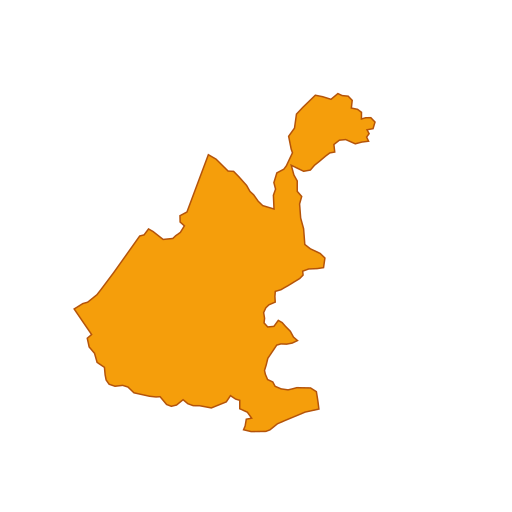 Caseiros, Rio Grande do Sul, Brazil, rotated 120°
{"feature_id": "56859067B55652742739807", "entity_name": "Caseiros", "entity_type": "district", "adm_level": 2, "iso_a3": "BRA", "parent_name": "Brazil", "parent_adm1": "Rio Grande do Sul", "projection": "robinson", "projection_center": [-51.76, -28.237], "detail": "fine", "context": "isolated", "style": "filled", "palette": "amber", "viewbox_px": 512, "rotation_deg": 120, "n_neighbors": 0, "source": "geoboundaries", "source_scale": "gbopen_adm2", "svg_char_len": 2229}
<svg xmlns="http://www.w3.org/2000/svg" viewBox="0 0 512 512"><g transform="rotate(120 256 256)"><path d="M430.7,278.1L428.1,272.2L425.8,268.7L429.3,259.2L428.5,254.2L424.8,250.3L416.9,247.3L418.0,241.2L417.0,235.5L413.9,230.1L409.9,218.7L397.2,208.8L389.7,208.3L390.1,202.1L389.1,197.9L396.4,193.7L395.6,185.4L398.6,178.7L402.2,182.8L408.7,180.4L412.7,179.9L410.5,172.4L403.0,159.8L399.6,157.0L390.5,153.5L384.3,148.9L366.6,135.4L357.1,125.0L351.7,129.1L347.8,132.2L343.3,135.9L343.0,142.8L345.6,147.5L347.6,151.1L349.6,154.8L353.1,158.3L355.9,161.3L358.5,167.8L359.3,174.3L356.7,178.5L357.2,184.2L353.8,188.7L350.9,191.4L345.2,192.7L338.7,194.6L322.8,193.5L319.7,190.5L317.0,185.4L313.3,181.1L308.5,177.8L307.5,183.0L304.0,188.7L302.1,195.6L300.6,200.0L300.6,204.5L308.0,205.3L311.6,210.4L309.9,215.6L305.7,217.4L301.2,221.1L295.9,221.6L291.8,220.4L286.3,216.3L281.6,219.4L277.0,221.6L272.7,217.5L269.3,215.6L265.8,213.5L259.7,210.2L253.7,206.9L249.0,205.7L245.8,208.0L240.9,203.9L236.3,196.7L232.3,191.7L223.3,195.3L221.7,201.7L222.6,212.6L221.6,219.5L208.6,228.4L200.8,236.3L189.1,244.3L181.6,246.2L179.4,252.6L170.4,257.8L166.9,263.7L159.8,270.8L158.8,257.1L154.4,251.9L148.1,250.7L142.5,248.5L134.7,245.7L129.8,243.6L126.6,239.8L120.5,244.3L114.0,241.7L110.3,236.5L109.2,226.1L104.4,221.3L100.3,215.9L97.7,219.7L93.5,219.2L91.2,223.0L87.2,218.3L80.5,219.9L78.8,225.7L81.4,230.1L84.6,233.2L78.8,236.5L78.2,241.4L80.2,247.4L73.1,250.5L71.5,256.1L74.0,261.6L74.4,266.3L82.8,269.4L84.7,277.9L87.1,285.0L103.6,289.7L112.9,291.9L126.0,286.6L136.0,287.6L145.7,279.1L148.4,276.0L162.7,274.8L166.9,275.3L173.6,279.5L183.5,277.2L188.3,272.5L194.7,271.3L206.3,263.9L209.0,275.4L207.5,281.5L204.2,288.6L203.1,293.5L199.6,299.4L195.9,310.6L193.9,317.7L196.4,322.6L192.1,339.0L192.1,347.9L252.4,337.8L259.1,342.0L264.5,338.7L265.7,333.1L273.4,333.3L278.6,335.7L282.4,336.8L288.1,344.7L286.3,357.2L286.3,362.6L293.7,363.5L296.8,366.7L341.3,370.9L362.8,373.5L369.1,374.4L380.2,378.7L383.8,382.2L392.8,387.0L406.2,359.1L411.6,361.0L418.2,355.0L421.0,347.2L427.6,340.4L428.2,331.6L434.4,327.2L438.3,323.8L440.5,319.1L439.3,313.0L434.7,306.8L433.5,301.4L435.5,293.3L430.7,278.1Z" fill="#f59e0b" stroke="#b45309" stroke-width="1.5"/></g></svg>